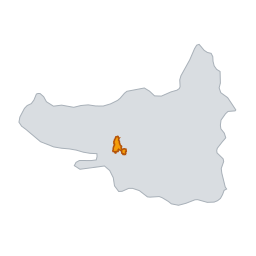 location of Cevicos, Sánchez Ramírez, Dominican Republic, rotated 177°
{"feature_id": "3306468B8786854663218", "entity_name": "Cevicos", "entity_type": "district", "adm_level": 2, "iso_a3": "DOM", "parent_name": "Dominican Republic", "parent_adm1": "Sánchez Ramírez", "projection": "natural_earth1", "projection_center": [-70.001, 19.019], "detail": "fine", "context": "in_parent", "style": "filled", "palette": "amber", "viewbox_px": 256, "rotation_deg": 177, "n_neighbors": 0, "source": "geoboundaries", "source_scale": "gbopen_adm2", "svg_char_len": 4589}
<svg xmlns="http://www.w3.org/2000/svg" viewBox="0 0 256 256"><g transform="rotate(177 128 128)"><path d="M33.1,179.6L33.4,168.0L34.9,163.3L33.5,158.4L26.9,153.1L22.9,146.4L19.4,140.4L20.2,139.5L27.3,139.3L29.9,137.1L34.7,131.0L35.6,126.0L35.3,122.3L32.1,117.8L30.9,113.1L34.8,109.0L39.9,103.1L40.6,100.8L40.4,98.5L34.6,92.2L34.2,89.5L37.0,82.7L36.7,78.1L34.0,64.0L32.7,61.9L35.3,60.7L37.1,56.5L39.4,52.8L42.4,50.7L45.9,49.5L52.7,49.6L62.2,52.8L64.9,52.8L74.0,49.8L81.6,48.2L88.7,50.0L91.6,52.6L97.5,56.6L100.4,57.9L109.7,57.8L112.2,58.2L120.0,64.9L126.6,67.5L130.4,67.7L137.2,65.1L140.6,65.1L144.5,70.9L145.3,79.1L148.5,86.5L153.5,91.3L178.1,89.3L183.6,93.2L181.7,96.4L178.2,98.1L166.5,97.4L161.4,97.8L160.4,101.0L160.4,104.0L167.2,104.7L173.9,106.2L180.7,108.6L187.7,110.2L195.5,111.3L203.2,113.0L216.1,118.9L230.3,132.2L234.1,135.3L236.6,139.5L235.4,144.6L230.4,153.0L227.5,155.7L223.3,157.4L220.5,160.8L217.7,166.7L216.0,167.2L214.0,167.0L210.6,163.7L208.1,158.5L201.3,153.7L193.1,154.3L181.1,151.5L173.9,152.9L166.6,153.2L159.2,151.7L151.7,151.2L144.2,153.0L137.0,156.1L134.3,158.1L129.7,162.9L127.2,164.7L109.6,167.1L104.5,163.6L99.8,158.7L93.0,158.1L83.2,161.8L77.1,163.2L74.6,164.8L73.8,166.6L73.8,173.3L72.4,177.4L62.8,192.8L57.4,203.7L55.1,207.1L52.6,207.8L47.9,201.6L44.8,199.3L41.1,198.2L39.6,194.8L39.6,190.1L38.7,185.5L36.4,181.9L33.1,179.6Z" fill="#d9dde1" stroke="#a8b0b8" stroke-width="1"/><path d="M133.7,102.2L133.6,101.9L133.5,101.7L133.4,101.6L133.2,101.9L133.0,102.0L132.6,102.0L132.4,102.1L132.2,102.0L132.0,101.9L132.0,102.2L131.9,102.3L131.8,102.5L131.6,102.6L131.5,102.8L131.6,103.2L131.6,103.3L131.6,103.6L131.8,104.0L131.7,104.2L131.6,104.4L131.6,104.5L131.2,104.5L130.9,104.8L130.9,105.0L131.0,105.4L131.0,105.6L131.1,105.8L131.1,106.2L131.1,106.7L131.1,106.9L131.1,107.0L131.3,107.1L131.8,107.1L132.0,107.1L132.3,107.2L132.4,107.3L132.6,107.3L132.9,107.5L133.0,107.5L133.4,107.4L133.6,107.3L133.8,107.2L134.1,107.0L134.3,106.9L134.5,106.8L134.7,106.6L134.8,106.6L135.0,106.8L135.1,107.0L135.3,107.1L135.4,107.3L135.5,107.4L135.5,107.5L135.5,107.9L135.5,108.0L135.8,108.2L135.9,108.3L136.0,108.5L135.9,108.9L135.8,109.1L135.8,109.3L135.6,109.4L135.5,109.5L135.4,109.6L135.4,109.8L135.4,110.0L135.5,110.2L135.5,110.3L135.7,110.5L135.8,110.5L136.1,110.7L136.7,111.5L136.8,111.6L136.9,111.8L136.9,112.4L136.9,112.5L137.0,112.7L137.1,112.9L137.1,113.1L137.2,113.3L137.3,113.4L137.4,113.6L137.4,113.8L137.3,114.0L137.3,114.3L137.3,114.6L137.3,114.9L137.3,115.0L137.3,115.3L137.5,115.5L137.7,115.8L137.9,116.2L137.9,116.3L138.0,116.3L138.0,116.5L138.0,116.8L137.9,117.0L137.8,117.3L137.8,117.5L137.6,117.8L137.6,118.0L137.5,118.3L137.4,118.4L137.6,118.4L137.8,118.5L138.0,118.6L138.1,118.8L138.1,119.0L138.2,119.4L138.2,119.5L138.3,119.8L138.3,120.0L138.5,120.2L138.8,120.2L139.1,120.2L139.4,120.0L139.5,120.0L139.7,119.9L139.8,119.8L140.3,119.8L140.5,119.8L140.5,119.7L140.8,119.4L140.9,119.2L141.0,119.1L141.0,118.7L141.0,118.4L141.3,118.0L141.4,117.9L141.5,117.8L141.5,117.7L141.8,117.4L141.9,117.2L142.0,117.2L142.0,116.8L142.1,116.7L142.2,116.2L142.4,116.0L142.4,115.9L142.5,115.8L142.6,115.6L142.7,115.4L142.7,115.0L142.8,115.0L142.8,114.9L142.9,114.7L142.8,114.4L142.7,114.2L142.8,113.8L142.9,113.7L142.9,113.4L142.9,113.2L142.7,113.0L142.7,112.9L142.4,112.9L142.2,112.7L142.3,112.4L142.4,112.2L142.4,111.8L142.4,111.6L142.5,111.4L142.7,111.2L142.8,111.0L142.8,110.9L143.1,110.7L143.2,110.4L143.3,110.3L143.3,110.1L143.3,109.9L143.5,109.7L143.6,109.2L143.8,108.8L143.8,108.7L143.8,108.2L143.9,107.9L143.9,107.7L143.8,107.4L143.9,107.2L144.0,107.0L144.1,106.8L144.2,106.6L144.3,106.4L144.3,106.2L144.3,105.8L144.3,105.7L144.2,105.4L143.9,105.4L143.6,105.3L143.6,105.2L143.4,105.2L143.1,105.2L142.8,105.1L142.6,105.0L142.5,104.9L142.4,104.8L142.4,104.7L142.4,104.1L142.3,103.9L142.0,103.8L141.9,103.7L141.7,103.6L141.3,103.8L141.2,103.9L141.2,104.0L141.3,104.4L141.3,104.5L141.4,104.9L141.5,105.0L141.4,105.1L141.1,105.2L140.5,105.2L140.4,105.2L140.2,105.1L139.9,105.0L139.7,105.0L139.2,105.0L139.0,105.3L139.0,105.5L139.1,105.8L139.1,106.0L139.1,106.3L139.1,106.5L138.9,106.9L138.7,107.1L138.5,107.3L138.4,107.2L138.2,107.0L138.1,106.8L137.8,106.6L137.7,106.6L137.4,106.5L137.2,106.4L136.9,106.3L136.8,106.2L136.6,106.0L136.4,105.9L136.2,105.8L136.1,105.7L135.9,105.4L135.8,105.2L135.7,105.1L135.6,104.8L135.5,104.7L135.5,104.4L135.5,104.2L135.5,103.6L135.5,103.4L135.5,103.2L135.4,103.1L135.1,102.9L134.9,102.7L134.7,102.6L134.4,102.3L134.4,102.2L134.2,102.3L133.9,102.4L133.8,102.2L133.7,102.2Z" fill="#f59e0b" stroke="#b45309" stroke-width="1.5"/></g></svg>